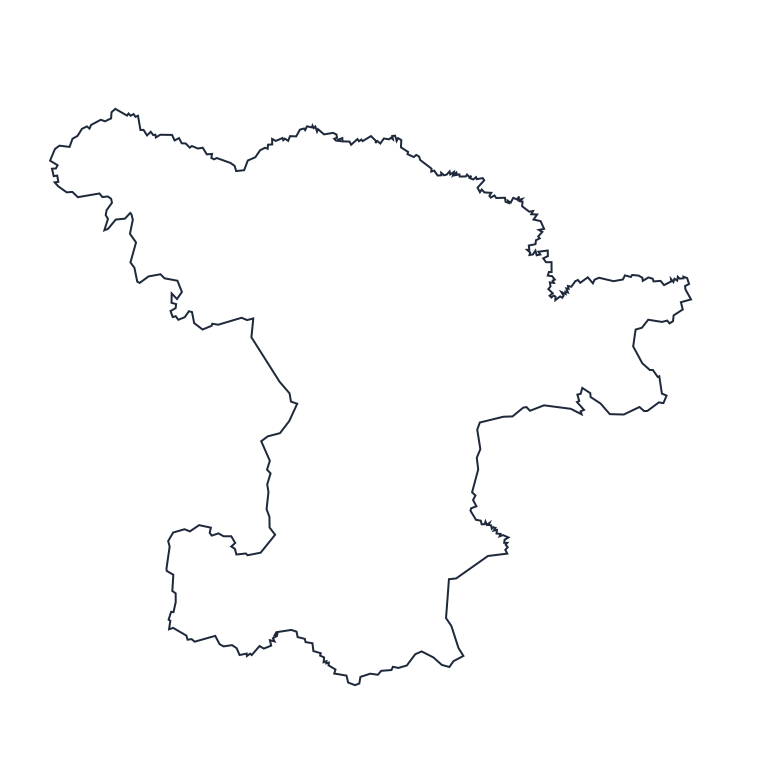 Sawang Daen Din, Sakon Nakhon, Thailand, rotated 85°
{"feature_id": "78962969B25029845772948", "entity_name": "Sawang Daen Din", "entity_type": "district", "adm_level": 2, "iso_a3": "THA", "parent_name": "Thailand", "parent_adm1": "Sakon Nakhon", "projection": "mercator", "projection_center": [103.39, 17.476], "detail": "fine", "context": "isolated", "style": "outline", "palette": "slate", "viewbox_px": 768, "rotation_deg": 85, "n_neighbors": 0, "source": "geoboundaries", "source_scale": "gbopen_adm2", "svg_char_len": 6132}
<svg xmlns="http://www.w3.org/2000/svg" viewBox="0 0 768 768"><g transform="rotate(85 384 384)"><path d="M186.0,274.3L188.0,277.4L186.3,280.6L184.3,278.8L185.2,281.1L182.6,283.0L184.4,284.5L183.9,290.5L181.8,290.6L182.2,294.9L180.7,293.2L179.6,293.5L182.2,297.1L178.9,296.0L181.0,299.7L177.9,300.1L180.8,303.2L181.3,306.0L178.6,308.6L181.1,308.7L181.0,312.4L175.8,315.4L176.5,318.4L173.6,317.9L164.0,328.4L160.5,329.2L158.6,331.9L160.5,334.5L157.1,340.5L154.9,339.8L149.7,346.5L142.5,345.5L140.3,348.6L143.0,350.2L137.6,351.3L137.6,354.1L141.0,353.8L139.2,355.5L140.7,357.7L139.4,362.7L144.1,366.7L141.3,369.5L143.2,371.5L141.2,370.8L135.9,375.4L140.2,384.1L138.5,385.3L140.0,387.8L137.7,389.1L142.8,395.9L139.5,397.2L138.7,404.2L135.4,404.1L136.5,407.9L138.2,406.4L137.3,410.7L135.4,412.2L134.6,409.4L131.3,409.6L129.4,412.9L130.1,422.0L124.4,427.5L126.7,428.7L121.5,430.0L122.9,431.7L120.4,432.7L122.1,433.4L120.6,438.2L124.2,440.4L122.5,441.4L123.3,445.6L129.7,449.9L128.9,456.0L133.4,458.3L130.9,461.4L132.3,463.1L130.1,463.7L132.4,470.6L130.1,474.1L135.6,474.5L135.5,478.7L139.5,479.4L138.3,481.9L140.3,487.0L146.9,492.4L149.5,500.2L158.8,504.7L159.0,512.7L153.7,513.8L150.5,517.5L144.3,530.9L145.4,533.7L143.7,536.3L139.8,535.3L139.8,540.5L132.8,544.0L133.2,548.9L130.2,554.6L131.6,556.9L127.1,560.6L126.6,564.5L121.2,566.8L123.1,571.4L117.4,573.4L116.2,585.2L118.5,589.8L115.7,590.0L115.9,592.2L112.4,594.4L115.7,598.4L109.9,601.4L109.7,604.5L95.3,605.7L96.2,608.3L93.3,609.9L94.7,613.0L92.3,614.9L94.2,616.6L86.5,627.7L89.6,631.8L95.6,632.7L98.0,639.0L96.1,643.1L100.4,653.2L103.9,655.1L101.5,657.5L103.5,662.7L110.1,667.6L112.5,672.9L120.4,676.6L118.3,686.5L121.2,691.3L132.4,697.2L137.6,690.1L140.7,692.1L140.6,696.0L148.2,694.9L147.9,691.4L154.2,690.8L154.4,694.5L158.7,691.3L165.4,683.4L165.5,677.7L171.2,672.7L169.4,650.9L173.2,648.3L173.1,642.8L175.7,639.7L179.7,639.2L186.7,645.2L191.4,646.5L195.5,644.6L206.5,649.2L205.4,645.4L196.8,636.9L196.7,627.7L191.5,621.9L193.0,620.8L198.5,619.9L212.2,624.0L221.4,618.7L240.8,626.0L246.5,622.5L260.5,620.9L262.0,618.6L256.3,609.2L255.2,597.1L259.6,593.4L263.1,580.8L274.7,577.3L281.3,582.8L275.3,587.6L284.6,588.6L286.3,584.1L290.3,585.0L292.7,590.3L298.9,588.6L298.3,585.6L302.1,583.3L300.1,576.7L294.5,572.0L295.6,569.0L306.8,567.8L313.9,560.0L311.0,550.7L309.0,549.8L310.5,544.0L305.6,520.1L308.4,514.8L307.3,508.5L325.9,512.0L372.7,487.8L385.1,478.9L393.4,478.2L396.1,472.2L412.5,481.5L423.9,491.9L426.0,504.3L430.3,511.3L450.6,504.4L459.1,508.0L463.2,504.8L473.8,509.1L481.5,508.5L498.5,511.9L506.3,509.7L517.0,510.5L524.7,505.6L541.3,521.6L542.7,534.9L540.8,536.4L541.0,545.9L535.2,546.9L532.6,550.3L529.4,546.1L522.4,549.4L521.7,557.1L518.4,561.9L520.0,568.8L517.1,570.6L512.0,569.0L508.5,580.5L513.9,590.2L511.3,595.4L513.6,607.0L521.7,612.7L527.3,611.7L549.0,616.8L551.3,616.7L555.7,610.5L571.7,612.9L574.4,609.8L583.2,610.5L592.9,613.6L592.4,615.9L600.0,619.1L601.2,617.5L609.6,619.5L608.6,615.3L617.4,602.8L621.6,602.0L621.4,597.9L624.2,595.0L620.2,574.1L628.8,570.5L631.4,566.7L630.9,558.1L634.4,553.8L641.4,551.5L640.6,544.3L643.0,544.3L641.0,540.8L642.5,539.4L634.2,530.8L637.1,526.8L634.8,519.2L629.3,520.0L630.9,515.5L627.6,516.8L625.7,512.6L623.6,512.0L624.4,514.6L621.9,512.9L620.9,497.8L623.1,492.7L628.6,492.1L631.0,485.1L634.3,484.6L636.0,477.9L643.9,477.6L646.7,470.5L649.0,471.3L651.2,467.5L655.9,468.4L655.1,465.5L657.2,465.9L656.8,463.2L659.4,463.8L664.2,457.2L668.1,458.8L671.2,446.8L678.3,445.7L681.5,439.1L680.2,434.7L673.7,433.0L671.4,422.9L673.1,415.4L669.5,411.8L669.6,401.5L666.5,399.8L668.1,394.4L666.4,385.8L655.9,376.4L653.7,369.8L660.7,358.6L668.9,350.9L671.6,343.5L666.2,339.0L661.8,328.6L653.5,332.8L630.9,338.0L622.6,342.6L584.1,336.3L584.0,329.1L564.4,295.5L563.7,276.0L559.8,277.6L557.4,275.0L554.8,276.8L553.0,275.1L552.7,278.1L549.6,277.4L547.7,273.4L544.9,278.6L545.8,282.1L543.5,281.0L542.8,284.9L539.2,284.2L539.6,287.4L537.1,285.5L536.2,287.6L537.5,289.2L534.2,289.6L533.6,292.0L531.5,290.9L533.3,293.8L529.9,294.9L532.4,295.9L532.3,298.9L528.6,299.5L527.3,304.2L517.8,308.9L515.4,308.0L513.9,302.6L507.3,305.4L503.0,302.6L499.6,305.7L477.3,297.6L465.6,298.0L457.3,293.7L437.6,295.1L430.7,291.9L427.0,267.9L427.5,258.8L419.7,247.4L419.4,244.1L423.4,240.9L419.2,226.5L425.0,200.1L431.4,189.8L428.4,190.5L427.2,187.0L418.8,193.3L417.9,191.0L411.4,192.3L411.0,189.0L405.2,186.8L411.1,179.3L415.0,179.3L422.4,169.9L433.7,161.7L435.3,147.8L429.2,131.5L433.6,127.3L433.8,124.0L426.3,111.8L427.4,107.3L420.2,103.5L417.8,108.0L400.3,109.1L400.8,110.7L393.4,115.0L393.3,117.9L385.8,124.9L368.3,132.5L351.7,128.6L350.4,122.1L343.0,115.2L346.4,101.7L345.5,96.3L348.5,94.3L346.6,90.6L340.9,89.5L335.8,79.9L328.4,81.1L326.5,70.8L315.9,75.5L312.6,75.5L311.0,71.4L304.9,72.8L303.2,76.4L304.8,76.4L304.8,80.3L302.8,82.0L306.5,82.9L304.5,85.5L307.6,86.8L304.5,88.9L306.8,88.8L309.9,96.4L305.4,99.5L305.3,106.5L302.5,107.2L300.9,111.3L303.8,117.2L300.6,117.4L298.2,120.9L297.0,127.3L298.9,128.7L296.8,134.5L300.7,136.9L301.6,146.3L296.9,160.6L298.5,165.2L301.9,167.1L295.5,171.7L300.3,179.7L297.3,181.7L298.2,184.4L303.4,188.9L302.4,192.2L305.3,191.8L304.7,194.0L308.8,192.8L307.8,195.2L310.2,195.2L307.8,199.3L311.7,197.4L313.6,198.9L312.1,200.9L315.4,206.0L311.9,205.5L310.7,207.3L312.4,209.7L310.5,211.3L308.3,208.0L303.8,212.0L301.3,209.6L297.2,209.9L298.1,205.9L295.6,206.9L294.9,204.7L291.3,207.1L290.3,211.4L286.8,210.0L287.1,207.3L277.2,206.5L276.8,212.0L272.7,214.4L270.9,209.6L265.3,209.3L265.7,218.6L268.6,217.0L269.1,220.7L264.4,221.5L267.9,224.3L268.2,227.8L265.8,226.9L262.8,229.7L262.9,227.5L258.7,227.7L257.9,220.9L254.0,220.1L252.5,216.2L250.4,217.5L246.3,213.0L244.0,216.3L243.4,211.0L235.4,213.8L233.2,220.7L228.5,216.7L227.7,222.5L224.7,220.5L225.0,224.3L219.0,230.9L214.4,230.1L213.8,232.6L211.7,230.3L212.4,234.0L209.0,233.1L211.7,235.5L209.8,239.0L214.4,242.0L212.4,244.5L214.5,244.1L213.1,247.0L209.0,247.3L208.5,256.0L205.8,257.5L207.6,261.4L205.7,262.6L202.9,260.5L201.9,267.3L198.8,269.7L201.3,271.7L196.6,273.7L189.8,266.4L187.5,267.7L188.0,273.8L186.0,274.3Z" fill="none" stroke="#1e293b" stroke-width="2"/></g></svg>